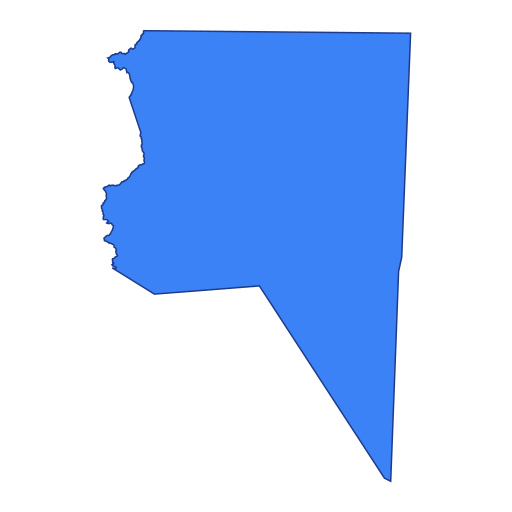 Lago Buenos Aires, Santa Cruz, Argentina
{"feature_id": "61730980B62951780268980", "entity_name": "Lago Buenos Aires", "entity_type": "district", "adm_level": 2, "iso_a3": "ARG", "parent_name": "Argentina", "parent_adm1": "Santa Cruz", "projection": "albers", "projection_center": [-71.373, -47.161], "detail": "fine", "context": "isolated", "style": "filled", "palette": "blue", "viewbox_px": 512, "rotation_deg": 0, "n_neighbors": 0, "source": "geoboundaries", "source_scale": "gbopen_adm2", "svg_char_len": 5795}
<svg xmlns="http://www.w3.org/2000/svg" viewBox="0 0 512 512"><path d="M143.9,30.7L143.6,31.0L143.5,31.3L143.5,31.6L143.4,32.2L143.7,32.7L143.7,32.9L143.3,33.3L143.3,33.7L143.1,34.0L142.8,34.1L142.5,34.1L142.3,34.4L142.2,34.3L142.0,34.5L142.1,34.9L142.0,35.2L141.2,35.6L140.9,35.9L140.9,36.0L141.0,36.1L140.9,36.4L141.1,36.9L140.9,37.3L140.8,37.9L140.8,38.4L140.2,38.8L140.1,39.2L139.7,39.7L139.9,39.9L139.8,40.1L139.6,40.2L139.3,40.7L139.0,40.9L138.7,40.9L138.5,41.3L138.2,41.4L138.1,41.7L137.9,41.8L137.7,42.0L136.9,42.5L136.8,42.9L136.9,43.8L136.8,44.2L136.2,44.2L136.0,44.3L135.6,44.4L135.2,44.5L135.2,45.2L135.0,45.7L134.9,46.6L135.1,47.1L135.1,47.5L135.0,47.8L134.5,48.2L133.9,48.5L132.8,49.2L132.4,49.2L132.2,48.9L131.8,48.5L131.1,48.1L130.2,48.6L129.8,49.1L129.4,49.3L128.6,50.0L128.6,50.7L128.8,51.2L128.9,51.6L128.7,52.0L127.4,52.7L126.9,53.2L125.9,53.6L125.6,54.1L125.2,54.4L125.0,54.0L124.6,53.6L124.3,53.5L121.9,53.6L121.6,53.4L121.4,53.2L121.2,52.5L121.1,52.3L120.8,52.2L119.8,52.2L119.5,52.4L119.2,52.9L118.3,53.3L117.4,54.1L117.2,54.1L116.2,53.8L115.2,53.7L115.0,53.9L114.9,54.2L114.8,54.6L114.2,54.6L113.6,54.9L113.0,54.7L112.7,54.8L111.1,55.7L110.7,56.5L110.6,57.0L109.3,57.3L108.3,57.9L107.8,58.0L108.8,58.9L108.7,59.4L108.9,59.7L108.7,60.2L108.6,60.4L108.9,61.5L110.1,62.3L110.4,62.4L111.1,62.3L113.0,62.0L113.3,61.7L113.9,61.4L114.3,61.4L114.5,61.2L114.3,61.4L113.9,61.5L113.3,61.8L113.2,62.1L113.4,62.6L113.8,63.0L113.9,63.6L115.2,65.8L115.3,66.3L114.8,67.1L115.1,67.9L115.3,68.2L115.3,68.5L116.5,68.2L117.2,67.8L118.5,68.0L119.2,69.1L120.3,70.0L122.1,69.1L122.9,68.3L123.3,67.7L123.6,67.6L124.6,68.0L126.2,69.2L126.6,71.5L126.9,72.1L126.9,72.7L127.4,72.5L127.6,72.2L128.0,72.4L129.0,73.3L129.0,73.7L129.6,74.8L129.6,75.3L130.1,77.8L130.0,78.3L130.0,78.5L130.1,78.8L130.6,79.5L130.7,80.2L131.2,81.3L131.2,81.7L131.9,81.9L131.9,82.7L132.4,82.8L133.1,83.3L133.0,84.1L133.5,85.5L133.5,87.8L132.9,90.4L132.0,92.1L131.5,94.1L131.2,94.2L131.0,94.4L130.9,95.2L130.7,95.2L130.5,95.8L130.1,96.0L129.5,96.7L129.3,97.0L129.2,97.6L140.9,132.7L140.9,133.0L140.5,133.7L140.5,134.2L140.2,135.0L140.1,135.6L140.3,136.3L140.7,136.5L141.2,137.2L141.4,137.3L141.1,138.3L141.6,138.7L141.7,139.0L141.6,139.7L141.9,140.2L141.8,141.8L142.0,142.1L142.2,143.2L142.0,143.9L142.0,144.5L141.5,144.9L141.4,145.1L141.3,146.4L141.5,146.9L141.5,147.3L142.0,148.3L142.1,148.6L142.1,148.9L142.4,149.2L142.2,150.0L142.2,150.5L142.6,151.1L142.8,151.6L143.4,152.2L143.6,152.7L143.8,152.8L144.0,153.2L144.0,153.7L144.1,154.4L143.7,155.0L143.6,155.4L143.5,156.6L143.6,157.0L144.2,157.2L144.3,157.6L144.3,159.2L144.0,159.6L144.0,160.4L144.0,160.9L144.4,161.6L144.5,162.4L144.5,163.0L143.7,163.9L142.9,163.9L142.7,164.2L141.9,164.4L141.6,164.8L141.4,164.8L140.9,165.0L139.9,164.8L139.2,165.3L138.9,165.4L138.6,165.9L138.2,166.1L138.2,166.8L138.3,167.1L138.0,167.6L137.9,167.8L137.4,167.9L137.3,168.4L136.2,168.6L135.9,168.9L135.6,169.6L135.1,169.6L134.4,170.6L133.1,171.2L133.0,171.7L132.4,171.8L131.7,172.3L131.6,172.6L131.7,173.2L131.4,173.4L130.7,174.0L130.4,175.2L129.6,176.8L128.9,177.5L128.6,177.4L128.1,177.8L127.7,178.4L127.7,178.9L127.5,179.1L126.2,179.8L125.6,180.6L124.9,180.4L124.4,180.8L124.1,180.8L124.1,181.4L124.0,181.5L123.0,181.7L122.7,181.9L122.0,181.9L121.7,181.9L121.2,182.9L120.7,183.3L120.6,183.7L119.8,184.3L119.5,184.9L118.7,185.1L117.5,185.1L116.8,185.3L116.2,185.7L115.6,185.8L114.7,185.5L113.6,185.5L113.1,185.1L112.2,185.3L111.9,185.2L111.6,185.5L111.3,185.6L110.7,185.6L109.9,185.2L109.4,185.3L108.8,185.2L108.7,185.3L108.7,185.8L107.8,186.0L107.0,186.6L105.9,186.8L105.2,187.3L104.7,187.1L104.3,187.4L104.0,187.9L103.4,188.2L103.3,188.4L103.7,189.1L104.0,189.4L104.0,189.7L105.3,191.1L106.4,193.2L106.5,194.2L106.4,194.6L106.1,195.2L106.1,195.5L106.5,197.1L106.4,197.8L106.6,198.6L106.6,198.8L105.9,199.5L105.8,199.9L104.8,200.6L104.7,200.9L104.8,201.4L104.3,202.0L104.1,202.5L104.1,202.8L103.6,202.8L103.1,203.0L103.2,203.5L103.1,204.3L103.0,204.6L102.7,205.1L102.3,205.1L101.6,205.5L101.4,205.8L101.5,206.7L101.4,206.9L101.6,207.5L101.6,208.3L101.8,208.8L102.1,209.2L102.3,209.9L102.4,210.3L102.2,210.8L102.3,211.0L102.4,211.3L103.1,211.8L103.1,212.7L103.2,213.3L103.1,214.3L103.5,214.6L104.0,215.8L103.9,216.1L103.5,216.3L103.4,216.7L103.3,217.7L103.1,218.3L103.2,219.1L103.5,219.6L105.2,219.6L106.0,219.5L107.0,219.8L107.9,220.5L108.1,221.0L108.5,221.2L107.7,221.9L106.9,222.5L106.6,223.0L107.5,223.4L108.1,223.3L108.6,223.4L109.0,223.7L110.7,223.1L111.2,223.3L112.0,224.1L112.0,224.5L112.3,225.0L113.2,225.5L113.6,226.0L113.2,227.0L113.1,227.7L112.7,228.5L112.9,229.0L112.3,230.0L111.9,230.9L111.4,231.5L111.2,232.2L110.6,233.2L110.5,233.9L109.7,234.2L108.9,235.5L107.2,235.4L106.1,236.1L104.9,237.4L104.2,237.8L104.1,238.3L103.9,238.8L104.5,239.3L104.5,239.8L104.4,240.5L104.5,240.8L105.7,241.0L107.1,241.7L107.3,242.0L107.8,242.1L109.2,243.2L109.7,242.9L110.4,243.3L111.7,243.7L112.0,244.0L112.7,244.3L113.1,244.6L113.6,244.8L114.1,245.5L114.1,246.5L114.1,246.9L114.1,247.2L115.6,248.1L115.8,248.4L116.0,249.2L116.3,249.5L116.5,250.0L115.8,251.1L115.9,252.2L116.4,253.3L116.3,254.1L116.7,254.5L117.0,254.5L117.2,255.1L117.6,255.7L117.4,256.0L116.9,256.4L115.1,257.1L114.1,258.3L113.6,258.6L113.0,258.8L112.6,258.7L112.4,259.2L112.4,259.8L112.6,260.5L112.6,260.9L112.6,262.4L112.8,262.6L113.4,262.7L113.6,262.9L113.7,263.2L113.8,263.7L113.7,263.9L113.6,264.0L112.9,263.8L112.9,264.0L112.7,264.3L111.9,264.8L112.4,265.3L112.6,265.8L113.0,265.7L113.5,266.0L113.7,265.9L114.6,266.9L115.2,267.2L116.0,267.1L115.8,267.8L115.8,268.5L115.3,268.7L115.4,269.1L115.2,269.2L114.1,268.7L113.5,268.2L112.8,268.0L112.2,267.9L154.4,294.1L259.4,285.9L325.8,388.1L384.5,478.2L390.7,481.3L398.6,271.4L401.7,257.3L410.6,33.2L143.9,30.7Z" fill="#3b82f6" stroke="#1e3a8a" stroke-width="1.5"/></svg>